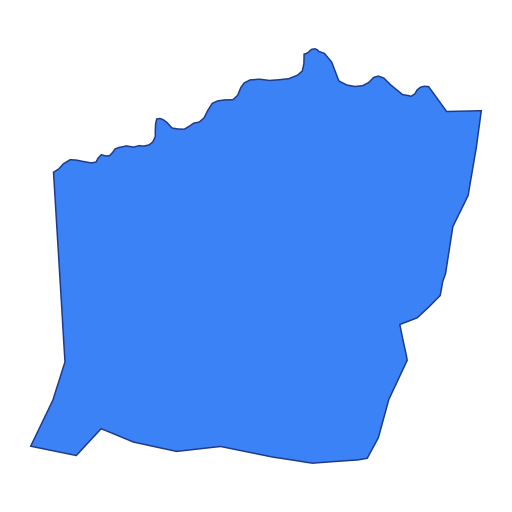 San Mateo Yoloxochitlán, Oaxaca, Mexico (orthographic projection)
{"feature_id": "50627088B14353503366896", "entity_name": "San Mateo Yoloxochitlán", "entity_type": "district", "adm_level": 2, "iso_a3": "MEX", "parent_name": "Mexico", "parent_adm1": "Oaxaca", "projection": "orthographic", "projection_center": [-96.869, 18.142], "detail": "fine", "context": "isolated", "style": "filled", "palette": "blue", "viewbox_px": 512, "rotation_deg": 0, "n_neighbors": 0, "source": "geoboundaries", "source_scale": "gbopen_adm2", "svg_char_len": 1983}
<svg xmlns="http://www.w3.org/2000/svg" viewBox="0 0 512 512"><path d="M481.3,110.7L470.0,111.0L446.6,111.5L442.8,106.2L428.6,86.6L424.0,86.3L420.4,87.3L417.1,89.9L414.8,93.9L411.1,96.3L407.9,95.5L402.8,94.7L401.1,93.4L396.7,89.8L390.1,84.4L385.1,79.3L383.9,78.1L378.4,76.1L377.2,76.4L373.7,77.4L370.2,81.0L368.5,82.6L363.4,85.3L362.6,85.7L354.9,86.5L354.3,86.4L346.8,85.0L344.1,83.6L341.6,82.4L338.8,80.9L335.1,71.0L334.3,69.0L331.7,62.1L330.5,60.7L324.4,53.4L318.5,51.3L317.5,49.9L314.9,48.8L311.8,49.3L310.3,50.3L308.6,52.1L305.9,53.7L304.1,54.1L303.9,63.7L303.6,65.1L302.3,71.0L301.9,71.3L299.2,73.7L297.3,75.3L288.7,78.7L286.1,79.0L280.5,79.6L278.7,79.8L271.5,80.3L269.8,80.5L261.9,79.5L259.3,79.2L253.5,79.7L250.1,79.9L244.1,83.0L240.8,87.6L237.7,95.3L232.8,99.8L224.7,99.9L217.7,100.9L212.2,103.4L207.8,110.4L204.0,118.0L199.3,122.0L193.6,123.2L190.1,125.7L184.3,129.2L177.9,129.0L172.0,128.0L167.0,122.5L163.2,119.7L160.0,118.5L156.7,119.0L155.6,123.8L155.3,130.3L155.3,136.6L152.7,142.1L149.0,144.9L144.3,146.0L141.8,146.0L139.3,145.6L133.7,147.1L126.1,145.9L123.0,146.7L118.8,147.5L115.2,148.9L112.6,152.5L109.7,155.6L106.6,156.0L103.8,155.5L101.4,154.7L98.1,158.1L96.0,162.1L91.1,162.9L82.3,161.3L76.2,160.1L70.2,159.7L63.3,163.9L58.6,169.1L53.5,172.2L62.5,320.4L62.7,324.0L62.9,327.5L64.0,346.1L65.0,361.9L62.8,368.7L59.6,379.0L56.5,388.6L53.2,399.1L53.0,399.9L30.7,446.2L76.3,455.5L101.1,428.7L104.3,430.0L121.3,437.0L133.5,442.1L163.6,448.6L168.8,449.7L176.5,451.4L179.2,451.1L184.7,450.5L214.7,447.1L220.6,446.5L224.3,447.2L232.6,448.9L271.4,456.8L275.0,457.4L293.5,460.2L307.2,462.4L312.6,463.2L316.2,462.9L326.8,462.1L339.0,461.2L357.9,459.9L367.2,458.3L378.3,437.8L379.1,435.0L388.9,399.2L396.0,384.2L401.0,373.5L407.2,360.3L406.4,355.6L403.0,340.1L399.8,324.5L417.2,317.8L428.5,307.3L440.2,295.5L442.8,281.2L445.6,273.4L446.7,266.2L452.8,226.8L454.7,222.8L464.8,202.3L468.1,195.4L476.2,148.2L481.3,110.7Z" fill="#3b82f6" stroke="#1e3a8a" stroke-width="1.5"/></svg>